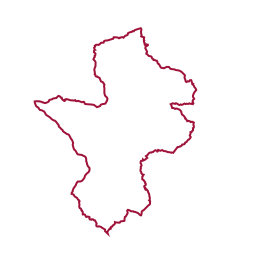 the district of Monghsat, Shan, Myanmar, rotated 337°
{"feature_id": "60261553B30377978208155", "entity_name": "Monghsat", "entity_type": "district", "adm_level": 2, "iso_a3": "MMR", "parent_name": "Myanmar", "parent_adm1": "Shan", "projection": "albers", "projection_center": [98.999, 20.355], "detail": "fine", "context": "isolated", "style": "outline", "palette": "rose", "viewbox_px": 256, "rotation_deg": 337, "n_neighbors": 0, "source": "geoboundaries", "source_scale": "gbopen_adm2", "svg_char_len": 5786}
<svg xmlns="http://www.w3.org/2000/svg" viewBox="0 0 256 256"><g transform="rotate(337 128 128)"><path d="M68.1,217.4L68.2,216.3L68.0,215.5L68.5,215.5L71.2,213.8L71.8,213.6L72.5,214.1L73.1,213.4L73.1,212.8L73.9,212.4L75.0,212.6L75.8,211.8L77.8,211.5L78.9,210.5L79.2,209.6L79.7,210.1L83.3,211.9L84.7,211.1L88.0,212.0L88.6,211.9L89.4,210.1L90.5,208.6L91.3,208.6L94.4,206.3L95.0,203.7L95.9,203.3L96.8,203.9L98.3,205.9L100.1,206.6L100.8,207.6L101.8,208.0L104.2,210.5L104.7,212.1L105.4,213.2L106.0,213.5L107.0,212.2L108.0,210.3L109.1,209.8L109.9,209.9L116.8,207.1L118.1,206.9L118.9,206.0L119.1,205.0L119.6,204.5L119.5,203.9L119.9,203.2L119.4,202.8L119.9,202.5L121.0,200.4L120.9,199.4L121.4,198.1L121.7,196.3L121.4,195.5L121.7,193.5L121.3,192.9L121.3,192.0L120.7,191.5L120.1,191.6L119.9,190.5L120.6,190.2L120.0,188.5L120.1,188.0L122.1,187.3L122.5,186.5L122.2,185.6L122.7,184.6L122.2,183.6L122.1,182.2L121.1,180.9L122.2,178.3L123.3,177.8L124.1,177.1L123.1,176.3L122.8,175.4L122.6,174.8L123.0,174.0L122.7,172.4L123.4,170.9L124.1,170.2L124.6,168.6L125.8,167.9L126.1,166.2L125.8,165.3L126.5,163.9L127.2,163.4L128.7,163.9L129.5,162.7L130.0,163.8L131.0,163.9L134.1,163.0L133.5,160.9L135.5,160.5L137.2,159.4L139.0,159.2L140.1,159.8L140.9,159.6L141.6,159.9L143.3,159.3L144.6,159.2L145.8,160.4L145.8,161.1L146.3,161.1L147.2,160.0L148.9,161.6L150.9,161.7L151.8,163.1L154.0,164.4L155.4,165.9L156.5,166.3L158.2,167.7L158.8,167.6L159.9,168.5L166.2,164.9L166.8,165.3L168.7,165.2L169.1,165.5L170.5,165.2L171.5,164.4L173.1,164.9L174.0,164.7L174.5,164.4L174.9,163.8L176.4,163.7L178.7,162.4L179.9,162.3L181.8,161.3L182.2,160.8L181.9,159.1L183.3,157.7L183.9,156.2L184.8,156.3L185.0,156.5L185.7,155.9L187.0,155.5L187.7,153.5L188.4,153.5L189.1,152.7L189.4,151.9L189.3,151.4L189.5,150.7L190.2,149.1L190.7,148.9L190.7,148.6L189.4,147.2L188.0,147.1L187.7,146.1L186.4,145.0L185.2,144.9L185.0,142.8L184.3,141.7L184.7,141.3L184.0,138.4L183.0,136.7L183.1,134.9L183.4,133.7L183.1,132.4L182.7,131.4L181.1,129.7L179.9,128.8L178.9,128.9L177.7,127.4L176.5,126.9L176.8,123.7L176.6,122.8L178.9,122.8L180.9,124.2L181.5,123.9L182.1,124.1L183.9,126.5L184.5,127.0L185.7,126.9L186.5,127.7L187.1,127.8L189.6,127.6L190.4,128.5L191.5,128.6L192.9,129.4L194.1,129.3L194.5,129.8L196.8,131.2L196.9,130.4L197.8,130.6L198.0,128.4L198.7,127.7L200.3,127.0L200.0,124.7L200.3,123.8L202.0,121.9L203.5,120.8L205.7,119.7L205.7,117.9L205.1,116.4L205.2,115.1L204.9,113.8L204.3,113.0L204.3,112.8L205.1,112.6L204.6,111.8L204.9,108.7L203.7,108.2L202.2,109.0L201.1,108.3L199.7,108.5L199.3,107.6L199.7,105.8L199.6,104.9L199.8,103.5L201.0,101.7L199.3,97.4L198.3,96.0L197.3,94.9L194.6,93.3L193.8,92.3L191.0,90.7L190.1,89.9L189.5,87.8L187.6,86.9L184.4,87.0L182.3,85.7L181.8,85.0L181.5,81.4L180.9,80.8L180.6,79.8L180.9,79.0L180.9,77.4L180.1,77.0L179.3,76.0L178.1,75.4L178.3,74.7L177.4,73.4L177.5,71.7L177.0,70.9L175.4,69.9L174.9,69.0L174.6,67.8L173.9,67.1L174.0,66.4L175.2,65.5L175.4,64.9L175.1,61.3L176.0,60.0L178.5,59.7L178.8,59.4L178.8,59.0L178.1,58.8L177.7,58.2L176.0,57.9L176.0,57.2L176.6,56.0L176.3,55.4L176.6,54.4L176.8,53.7L177.2,53.6L177.1,52.9L177.5,52.0L178.3,51.0L178.2,50.7L176.0,49.1L175.9,48.7L176.7,48.1L177.0,47.1L176.9,46.5L177.6,44.5L178.6,43.0L178.9,42.0L178.7,41.1L173.6,40.6L172.1,40.6L171.1,41.2L170.0,40.6L169.0,41.0L167.8,40.7L165.3,40.6L164.6,41.2L164.2,42.0L163.1,42.2L161.6,42.0L159.1,43.1L158.6,42.3L157.6,42.0L156.1,41.6L155.5,42.0L154.8,41.9L153.8,40.6L150.5,38.9L150.1,39.0L150.0,39.5L149.3,40.0L143.4,39.4L141.4,38.7L140.2,38.6L138.8,39.9L137.6,39.3L136.1,39.1L135.6,39.5L133.5,40.1L132.9,39.6L131.2,39.0L129.7,39.2L129.6,40.2L128.1,40.9L128.0,42.5L128.2,43.2L127.6,43.1L127.1,43.5L126.3,44.8L126.4,45.3L127.1,46.5L127.0,47.1L126.2,48.4L125.4,48.6L125.2,49.6L124.4,49.9L123.0,51.4L123.9,53.8L123.8,54.9L122.1,58.6L121.3,59.2L119.7,61.2L119.5,62.5L118.8,65.0L118.3,65.6L118.7,66.6L118.5,67.6L118.7,68.0L119.0,68.4L119.8,68.6L120.1,69.3L121.4,70.8L121.3,74.5L121.6,74.9L122.6,75.7L123.1,77.4L122.9,77.7L123.3,78.9L122.3,80.1L121.8,82.2L119.9,86.6L119.5,89.2L120.5,91.6L120.5,93.1L119.4,94.6L116.7,96.7L113.0,95.9L112.0,96.0L110.8,96.9L107.6,96.7L105.7,93.5L104.3,92.5L98.3,89.4L97.7,88.7L97.8,87.2L97.7,86.8L97.0,86.4L95.7,86.3L92.7,83.5L91.6,83.4L90.6,82.9L90.3,81.7L88.9,81.7L87.5,80.7L86.3,80.3L82.8,77.4L81.1,77.2L81.0,78.1L80.1,78.3L79.6,77.8L79.6,77.3L79.1,76.9L78.6,75.8L78.8,74.3L78.3,74.2L77.6,72.2L76.5,71.3L75.4,71.6L73.8,72.4L70.6,71.6L69.2,71.9L66.9,71.5L66.3,71.6L65.4,72.6L64.8,72.8L61.7,72.8L60.4,71.9L59.8,71.1L59.2,71.0L58.4,69.9L57.5,69.4L57.2,69.0L54.3,67.6L52.5,67.1L52.1,68.3L52.0,71.3L52.1,72.3L53.5,74.4L53.6,75.9L53.9,76.8L55.6,78.1L57.2,80.0L57.6,81.8L57.6,83.4L58.0,84.3L60.0,87.2L61.5,90.5L62.8,92.2L63.5,92.6L64.1,93.8L65.3,98.4L64.9,99.5L65.0,100.1L65.7,101.3L66.1,102.8L66.9,104.1L66.9,105.6L69.2,109.4L70.8,110.9L71.2,113.0L71.3,115.6L71.8,117.3L71.7,119.7L71.6,120.5L70.5,121.9L70.0,125.6L70.1,127.0L70.8,128.2L71.2,132.0L71.7,132.8L75.0,134.8L75.7,135.8L77.1,137.2L77.6,138.4L77.5,139.9L76.5,142.5L76.6,143.5L76.2,145.1L76.1,147.2L76.9,149.9L75.9,152.1L74.5,153.2L71.8,154.0L70.7,154.6L69.5,155.4L68.5,156.8L66.2,158.1L64.7,158.7L63.7,158.7L60.7,157.7L59.2,158.6L57.1,160.6L54.4,162.2L52.7,163.9L52.4,164.7L50.8,165.7L50.3,166.6L51.9,168.0L52.1,170.0L53.8,172.6L54.0,174.4L54.8,175.6L54.8,176.5L54.0,176.9L53.5,179.2L52.3,181.5L52.3,183.0L53.1,183.8L53.2,184.9L52.9,185.6L53.4,186.2L53.2,186.6L53.5,187.2L53.1,189.0L52.6,189.5L52.7,190.0L53.5,190.0L54.6,191.2L54.6,193.1L55.0,193.4L55.1,193.7L56.2,193.7L57.7,194.8L57.6,195.7L57.1,196.1L57.1,197.2L58.5,198.1L59.2,197.9L59.5,198.3L60.1,198.4L60.7,199.7L61.5,200.1L61.8,203.6L60.8,205.0L60.7,206.2L61.8,207.0L62.8,207.1L64.5,208.5L65.1,209.7L67.2,212.5L67.1,213.1L66.6,214.0L68.1,217.4Z" fill="none" stroke="#9f1239" stroke-width="2"/></g></svg>